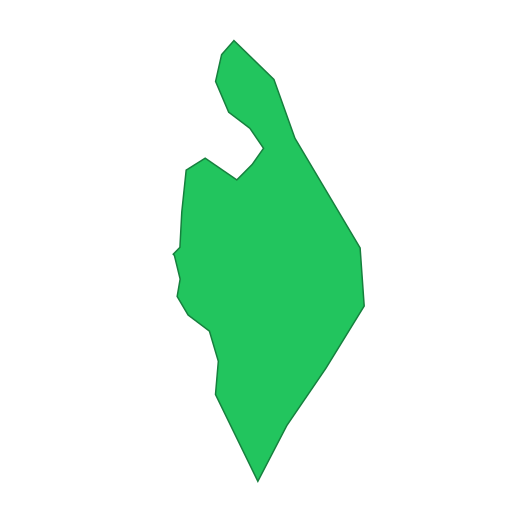 Landskrona, Skåne, Sweden (Natural Earth projection), rotated 244°
{"feature_id": "70781695B51244524104", "entity_name": "Landskrona", "entity_type": "district", "adm_level": 2, "iso_a3": "SWE", "parent_name": "Sweden", "parent_adm1": "Skåne", "projection": "natural_earth1", "projection_center": [12.956, 55.915], "detail": "fine", "context": "isolated", "style": "filled", "palette": "green", "viewbox_px": 512, "rotation_deg": 244, "n_neighbors": 0, "source": "geoboundaries", "source_scale": "gbopen_adm2", "svg_char_len": 516}
<svg xmlns="http://www.w3.org/2000/svg" viewBox="0 0 512 512"><g transform="rotate(244 256 256)"><path d="M52.7,158.9L90.2,209.5L124.4,269.5L163.6,331.3L217.6,353.1L344.8,342.6L406.8,349.5L459.3,330.6L459.2,330.4L452.1,313.4L430.6,296.2L397.2,294.5L373.4,306.5L349.5,310.0L340.0,292.8L332.8,272.1L366.2,253.2L363.8,230.9L328.1,208.6L297.1,191.4L293.9,182.4L292.3,182.9L268.5,177.7L254.2,167.4L232.7,169.1L208.9,181.2L177.9,176.0L149.3,158.9L52.7,158.9Z" fill="#22c55e" stroke="#15803d" stroke-width="1.5"/></g></svg>